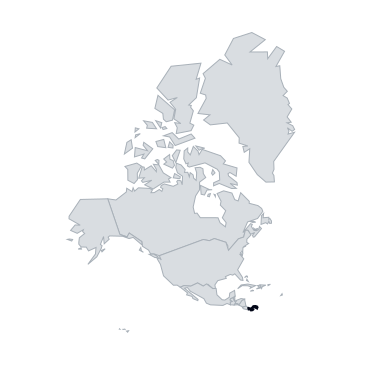 North America, with Panama highlighted, rotated 341°
{"feature_id": "PAN", "entity_name": "Panama", "entity_type": "country or territory", "adm_level": 0, "iso_a3": "PAN", "parent_name": "North America", "parent_adm1": "", "projection": "mercator", "projection_center": [-80.239, 8.409], "detail": "fine", "context": "in_parent", "style": "filled", "palette": "ink", "viewbox_px": 384, "rotation_deg": 341, "n_neighbors": 17, "source": "natural_earth", "source_scale": "50m", "svg_char_len": 10738}
<svg xmlns="http://www.w3.org/2000/svg" viewBox="0 0 384 384"><g transform="rotate(341 192 192)"><path d="M140.4,241.6L135.7,237.9L132.7,236.8L132.0,232.8L127.6,227.3L128.4,222.5L119.3,210.4L116.0,213.3L110.0,208.6L110.1,171.0L117.5,174.8L129.9,170.6L131.5,167.2L135.5,172.1L137.7,168.8L138.0,172.5L142.7,170.6L153.1,174.8L155.3,177.1L153.0,179.3L156.0,180.3L161.9,179.0L163.7,181.6L165.5,179.4L163.8,177.5L164.9,175.9L168.3,175.3L176.1,180.5L181.2,179.9L181.0,177.1L182.5,176.3L185.1,177.8L185.1,182.0L188.2,174.0L184.5,169.1L184.6,163.6L186.6,159.7L190.5,162.9L192.8,168.6L191.3,171.0L194.4,172.0L194.4,176.8L196.6,173.1L198.6,176.1L198.1,179.5L199.7,182.4L202.7,175.3L202.8,170.1L207.6,171.2L209.9,173.6L208.7,178.3L209.7,182.8L202.4,185.1L199.8,192.4L194.1,196.9L188.2,206.6L187.5,213.1L189.9,213.6L191.5,219.0L208.2,224.8L208.5,230.2L212.2,235.8L214.3,232.1L212.3,226.2L217.8,220.7L214.5,213.6L216.5,210.1L215.2,201.6L222.3,201.2L229.4,206.0L229.9,213.1L232.7,215.5L237.8,208.5L243.1,219.4L242.4,221.3L249.9,226.3L252.5,230.2L252.7,233.3L245.4,238.4L234.8,238.4L226.9,247.0L237.0,241.0L238.5,242.2L236.9,243.9L238.0,248.4L240.1,249.6L242.9,249.3L244.6,246.5L245.8,249.2L236.5,254.8L235.2,254.6L235.1,252.6L238.1,250.7L233.5,251.0L232.4,246.4L230.0,245.5L226.2,251.4L220.6,251.4L207.9,259.0L206.8,258.3L208.4,254.7L207.7,250.6L198.0,243.3L192.6,243.7L187.2,240.6L140.4,241.6ZM205.3,201.1L206.6,199.4L208.9,199.5L206.9,202.2L205.3,201.1ZM212.4,154.8L210.6,149.7L218.3,154.7L214.7,154.4L212.4,154.8ZM212.6,204.0L212.1,201.4L213.2,202.2L212.6,204.0ZM189.3,141.7L188.3,144.2L183.9,142.0L187.2,137.3L189.3,141.7ZM188.9,123.8L185.0,123.5L184.5,121.3L187.9,121.4L188.9,123.8ZM180.9,112.7L186.0,116.6L183.1,121.2L180.9,112.7ZM212.3,142.1L191.2,142.6L188.8,132.7L183.4,129.6L192.6,129.4L196.7,137.6L210.1,136.9L212.3,142.1ZM157.3,119.6L162.1,120.0L155.9,122.1L157.3,119.6ZM159.3,112.9L162.4,115.0L157.6,116.7L159.3,112.9ZM252.8,235.5L250.8,239.5L256.4,240.9L255.8,242.8L257.0,242.4L257.7,245.2L257.0,247.4L255.2,247.0L255.1,244.7L253.1,246.8L251.7,245.0L246.7,245.1L249.9,237.1L252.8,235.5ZM202.2,188.5L209.4,195.5L211.8,196.4L206.8,195.0L202.8,198.9L199.9,197.1L202.2,188.5ZM210.8,159.0L215.6,155.1L230.8,167.0L233.8,173.5L230.7,175.6L242.4,183.9L238.9,191.5L234.2,185.9L232.0,186.4L231.8,188.7L237.6,197.7L237.1,200.3L230.8,196.3L235.1,203.0L230.6,201.6L220.6,192.8L214.4,193.2L215.5,190.3L222.1,189.7L224.3,182.0L223.2,178.6L213.8,168.7L197.5,167.5L196.1,165.8L197.9,163.4L195.5,163.4L195.0,158.0L198.0,150.6L202.3,149.0L201.0,152.8L202.4,156.4L208.1,149.3L211.0,155.3L210.8,159.0ZM185.2,151.2L191.2,147.2L194.4,148.7L186.2,159.0L185.2,151.2ZM140.4,134.1L146.6,123.9L151.5,122.8L150.0,131.2L140.4,134.1ZM123.3,229.8L125.5,227.8L125.0,231.0L126.4,233.2L123.3,229.8ZM169.4,108.9L177.2,113.3L179.1,120.7L169.9,116.9L171.5,114.4L169.4,108.9ZM139.3,242.8L135.7,242.0L131.2,237.0L135.5,238.2L139.3,242.8ZM136.9,146.0L149.2,146.7L152.6,151.0L146.4,156.4L144.4,162.6L140.0,165.1L135.2,160.0L138.6,149.8L136.9,146.0ZM162.6,129.3L169.0,138.4L158.1,145.3L155.4,143.4L158.9,140.5L149.0,140.1L152.8,131.5L163.4,138.5L161.0,131.9L162.6,129.3ZM164.5,153.2L169.5,155.6L171.1,164.6L176.8,171.6L174.0,172.0L174.5,175.5L168.6,173.5L156.3,176.5L149.6,169.8L157.8,167.8L148.6,166.9L147.8,165.0L151.6,163.0L146.1,161.6L153.2,151.9L154.9,153.0L154.1,155.7L162.0,153.9L164.9,161.2L165.7,158.9L164.5,153.2ZM177.8,155.4L176.0,151.6L183.0,149.3L181.8,153.8L184.4,156.2L184.1,161.1L181.3,163.1L174.4,156.5L177.8,155.4ZM167.5,150.2L169.8,150.0L171.1,151.3L169.6,155.1L167.5,150.2ZM174.3,132.5L182.4,133.1L181.7,141.6L174.4,137.9L174.3,132.5ZM184.1,100.9L191.3,89.5L202.3,108.6L196.9,117.7L190.5,117.2L188.7,113.8L190.0,108.2L184.1,100.9ZM192.6,82.2L213.2,66.3L242.4,73.1L232.6,86.8L236.3,86.7L226.8,104.3L217.2,108.7L219.5,109.9L218.3,111.4L219.7,115.7L212.4,126.2L215.5,129.4L211.1,133.7L196.1,131.6L199.0,126.4L198.2,120.8L203.7,123.6L198.7,117.0L203.5,108.5L200.4,100.0L208.9,97.9L199.3,97.3L192.6,82.2ZM220.0,181.4L217.0,182.8L216.6,180.7L218.9,177.6L220.0,181.4ZM181.6,168.9L185.9,173.8L184.8,175.5L178.9,172.5L181.6,168.9ZM237.9,239.3L240.7,239.7L242.4,241.3L239.4,240.5L237.9,239.3ZM238.7,246.5L239.3,247.7L242.1,247.9L240.6,249.1L238.5,248.0L238.7,246.5Z" fill="#d9dde1" stroke="#a8b0b8" stroke-width="1"/><path d="M140.4,241.6L187.2,240.6L192.6,243.7L198.0,243.3L207.7,250.6L207.5,259.0L220.6,251.4L226.2,251.4L230.0,245.5L232.4,246.4L233.8,251.8L228.5,254.5L227.4,257.5L228.8,259.1L222.5,260.7L225.5,260.7L222.1,261.1L220.5,265.0L219.5,263.8L220.3,266.2L218.8,268.7L218.1,264.6L218.1,266.8L217.0,266.5L219.2,272.1L209.8,280.4L211.9,289.1L211.4,292.2L209.2,291.0L205.8,283.3L203.5,283.9L201.3,282.4L196.0,282.9L196.3,284.8L187.5,284.2L183.4,287.3L182.7,291.1L180.2,290.1L177.0,284.4L172.0,284.6L167.7,279.8L160.1,280.6L154.0,277.9L149.9,278.2L147.6,275.2L144.1,274.1L137.8,262.0L138.6,250.1L137.3,243.6L139.9,244.0L140.8,246.3L140.4,241.6ZM110.1,171.0L110.0,208.6L116.0,213.3L119.3,210.4L128.4,222.5L127.5,225.8L121.6,215.8L117.3,215.5L111.9,211.2L99.8,206.7L98.0,207.4L98.3,209.7L92.1,212.4L93.9,205.3L88.3,211.8L89.5,213.4L87.9,215.7L80.9,222.3L70.0,226.5L80.5,219.2L83.2,213.2L75.0,214.0L74.1,209.7L69.3,207.9L68.0,204.5L68.7,202.5L70.6,198.6L77.0,196.3L75.7,193.8L77.0,192.3L70.0,193.7L64.7,188.8L70.8,185.1L75.5,187.0L67.0,177.3L67.9,174.9L84.0,162.7L110.1,171.0ZM58.7,196.2L60.7,196.5L63.7,198.0L62.3,199.2L58.7,196.2ZM84.8,302.2L86.9,302.5L85.5,303.6L84.8,302.2ZM83.9,299.9L84.3,300.6L83.8,300.0L83.9,299.9ZM82.9,299.5L83.6,299.8L82.7,299.7L82.9,299.5ZM81.4,299.3L82.2,299.3L81.4,299.3ZM78.9,297.7L79.2,298.3L78.6,298.0L78.9,297.7ZM65.8,208.9L68.8,208.7L68.9,210.0L65.8,208.9ZM87.2,217.8L91.4,217.4L87.4,219.3L87.2,217.8Z" fill="#d9dde1" stroke="#a8b0b8" stroke-width="1"/><path d="M225.9,302.2L225.9,305.1L221.3,304.6L224.8,304.0L223.4,301.8L225.9,302.2Z" fill="#d9dde1" stroke="#a8b0b8" stroke-width="1"/><path d="M226.4,305.9L226.1,301.9L231.5,304.1L227.6,304.4L226.4,305.9Z" fill="#d9dde1" stroke="#a8b0b8" stroke-width="1"/><path d="M213.8,290.0L215.6,289.2L215.7,289.7L213.8,290.0ZM215.7,288.8L217.0,289.7L216.7,291.0L216.5,289.8L215.7,288.8ZM214.7,293.4L215.5,292.3L216.1,294.9L214.7,293.4Z" fill="#d9dde1" stroke="#a8b0b8" stroke-width="1"/><path d="M267.6,73.1L281.2,60.3L300.5,60.7L310.9,71.8L292.4,78.5L308.9,84.1L307.0,90.6L319.4,82.0L325.3,89.1L312.2,100.7L316.1,101.2L312.8,113.8L312.9,122.9L314.9,127.8L309.5,130.5L312.6,134.2L313.0,140.0L311.2,140.6L313.4,146.0L306.4,152.0L308.5,158.3L304.3,157.5L308.8,162.1L309.4,166.3L306.4,167.2L303.1,162.3L303.6,165.8L301.7,168.5L308.4,168.9L279.2,189.7L276.9,197.3L274.2,200.3L274.8,203.1L273.2,209.3L265.1,206.7L259.4,196.8L255.5,182.5L260.7,169.9L254.3,171.5L254.9,165.5L259.8,166.7L252.4,161.1L254.3,156.1L247.8,138.2L231.2,134.5L226.4,127.7L234.1,124.9L223.2,119.7L235.9,108.1L236.5,104.7L232.0,101.3L241.7,88.8L241.0,83.7L261.5,75.6L271.3,85.0L267.6,73.1Z" fill="#d9dde1" stroke="#a8b0b8" stroke-width="1"/><path d="M149.9,278.2L154.0,277.9L160.1,280.6L167.7,279.8L172.0,284.6L175.8,283.6L180.2,290.1L183.4,291.0L182.1,297.3L185.4,303.7L187.9,304.9L192.9,303.7L194.8,299.9L200.2,298.9L198.9,304.7L193.6,305.5L192.9,306.5L194.5,308.6L192.4,308.6L191.6,311.2L188.8,308.8L184.3,309.3L172.7,304.7L169.4,301.8L168.5,296.7L158.1,285.2L156.6,280.9L153.6,280.5L162.8,295.6L162.1,296.6L158.2,293.1L158.0,290.7L153.4,287.5L154.9,285.9L149.9,278.2Z" fill="#d9dde1" stroke="#a8b0b8" stroke-width="1"/><path d="M207.8,319.7L207.1,322.0L202.5,319.1L202.1,317.5L205.9,317.4L207.8,319.7Z" fill="#d9dde1" stroke="#a8b0b8" stroke-width="1"/><path d="M205.9,317.4L202.5,317.1L199.2,314.0L203.8,310.8L206.8,310.4L205.9,317.4Z" fill="#d9dde1" stroke="#a8b0b8" stroke-width="1"/><path d="M206.8,310.4L203.8,310.8L199.8,313.9L196.4,311.4L198.8,308.9L203.7,308.7L206.8,310.4Z" fill="#d9dde1" stroke="#a8b0b8" stroke-width="1"/><path d="M196.4,311.4L199.1,312.5L198.8,313.6L195.1,312.6L196.4,311.4Z" fill="#d9dde1" stroke="#a8b0b8" stroke-width="1"/><path d="M191.6,311.2L192.4,308.6L194.5,308.6L192.9,306.5L193.6,305.5L196.7,305.5L196.6,308.9L198.3,309.2L196.4,311.4L195.1,312.6L191.6,311.2Z" fill="#d9dde1" stroke="#a8b0b8" stroke-width="1"/><path d="M196.7,305.5L198.5,304.6L197.1,308.9L196.6,308.9L196.7,305.5Z" fill="#d9dde1" stroke="#a8b0b8" stroke-width="1"/><path d="M233.6,304.3L236.1,304.8L233.4,305.3L233.6,304.3Z" fill="#d9dde1" stroke="#a8b0b8" stroke-width="1"/><path d="M214.8,304.8L217.2,304.5L218.4,305.4L214.8,304.8Z" fill="#d9dde1" stroke="#a8b0b8" stroke-width="1"/><path d="M208.2,295.9L214.8,297.2L221.7,301.2L215.8,301.9L216.9,300.9L214.2,298.8L209.0,296.9L203.7,298.3L208.2,295.9Z" fill="#d9dde1" stroke="#a8b0b8" stroke-width="1"/><path d="M242.2,318.8L244.0,317.5L243.9,318.8L242.2,318.8Z" fill="#d9dde1" stroke="#a8b0b8" stroke-width="1"/><path d="M216.4,321.3L216.2,321.5L216.3,321.7L216.4,321.8L216.6,322.1L216.7,322.3L216.7,322.5L216.4,322.7L216.4,322.8L216.1,323.1L215.9,323.0L215.8,322.9L215.7,322.9L215.8,323.2L215.7,323.3L215.5,323.7L215.1,323.2L214.7,322.6L214.7,322.3L214.8,322.3L214.9,322.2L215.1,321.8L215.1,321.7L215.3,321.9L215.4,322.0L215.6,322.1L215.8,322.2L215.6,322.0L215.3,321.8L215.3,321.7L215.2,321.5L214.9,321.7L214.7,321.6L214.7,321.8L214.6,321.7L214.5,321.3L214.3,321.2L214.2,321.1L213.9,321.0L213.8,320.8L213.5,320.7L213.3,320.7L212.9,320.7L212.8,320.8L212.7,320.9L212.5,321.1L212.4,321.2L212.3,321.3L211.8,321.8L211.7,321.9L211.4,321.9L211.2,322.0L211.2,322.3L211.3,322.3L211.6,322.6L211.9,322.9L211.9,323.1L212.0,323.2L211.9,323.3L211.5,323.4L211.4,323.4L211.4,323.5L210.9,323.7L210.6,323.7L210.5,323.3L210.3,322.9L210.2,322.6L210.0,322.9L210.0,323.0L209.9,323.0L209.7,322.9L209.2,322.4L209.1,322.2L208.9,322.1L208.7,322.0L208.4,322.1L208.3,321.9L208.1,321.9L207.8,321.9L207.5,321.8L207.4,321.9L207.2,322.0L207.2,322.3L207.2,322.2L207.1,321.9L207.2,321.6L207.3,321.6L207.3,321.4L207.2,321.3L207.1,321.1L207.3,320.9L207.5,320.8L207.4,320.8L207.4,320.7L207.2,320.6L207.1,320.3L207.1,319.9L207.3,319.7L207.5,319.8L207.7,319.7L207.8,319.8L208.0,320.0L208.1,320.3L208.3,320.3L208.3,320.5L208.5,320.8L208.8,320.8L209.0,320.8L209.0,320.6L208.8,320.5L209.0,320.6L209.4,321.0L209.7,321.1L210.0,321.1L210.6,320.9L210.9,320.7L211.1,320.6L211.8,320.3L212.0,320.1L212.3,320.1L212.5,319.9L212.6,319.7L213.1,319.7L213.3,319.8L213.5,319.8L213.8,320.0L214.2,320.0L214.5,320.0L215.2,320.3L215.6,320.6L215.9,320.9L216.4,321.3ZM209.3,323.5L209.2,323.5L209.1,323.4L208.9,323.3L208.9,323.2L209.0,323.1L209.2,323.3L209.3,323.4L209.3,323.5ZM213.9,321.9L213.8,322.0L213.7,321.8L213.8,321.8L213.7,321.6L213.8,321.6L214.0,321.8L213.9,321.9L213.9,321.9ZM208.3,320.0L208.1,320.0L208.3,320.0ZM213.6,322.0L213.5,321.9L213.6,322.0Z" fill="#0f172a" stroke="#020617" stroke-width="1.5"/></g></svg>